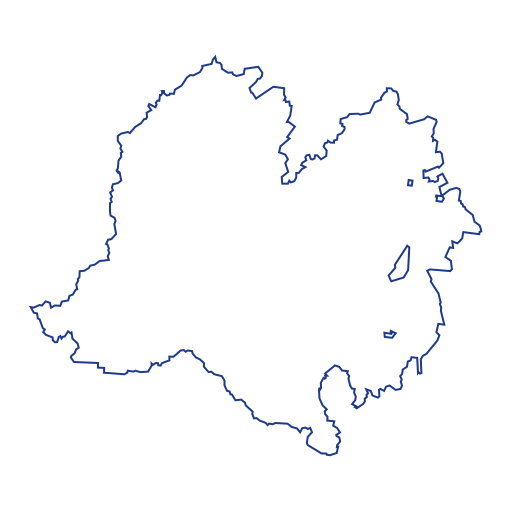 the district of Central Highlands (Qld), Queensland, Australia
{"feature_id": "25037944B88333903625107", "entity_name": "Central Highlands (Qld)", "entity_type": "district", "adm_level": 2, "iso_a3": "AUS", "parent_name": "Australia", "parent_adm1": "Queensland", "projection": "albers", "projection_center": [148.529, -24.063], "detail": "fine", "context": "isolated", "style": "outline", "palette": "blue", "viewbox_px": 512, "rotation_deg": 0, "n_neighbors": 0, "source": "geoboundaries", "source_scale": "gbopen_adm2", "svg_char_len": 6019}
<svg xmlns="http://www.w3.org/2000/svg" viewBox="0 0 512 512"><path d="M472.7,215.0L465.6,209.3L464.8,206.8L463.2,206.6L462.7,204.4L461.1,203.5L460.7,201.0L458.9,200.5L460.3,191.4L459.3,188.9L456.2,187.9L449.7,189.8L443.0,195.0L441.3,194.7L439.4,187.0L447.4,182.8L442.5,173.7L437.3,176.5L438.3,178.2L437.6,181.0L434.7,182.0L433.0,181.0L428.8,181.5L429.6,179.6L428.4,177.5L423.6,178.0L423.4,170.5L424.9,170.1L425.7,171.6L437.9,166.6L439.0,167.7L443.3,163.2L441.7,153.5L439.9,151.7L435.9,152.2L437.4,141.7L435.0,139.8L433.0,140.9L433.3,137.9L431.8,136.5L433.8,133.2L433.5,128.9L436.6,122.1L436.1,119.8L427.7,116.4L424.0,119.3L409.2,123.6L406.4,122.0L406.2,120.1L407.7,118.9L407.0,114.2L399.7,108.8L399.5,106.6L397.4,104.5L398.8,99.9L397.8,94.1L396.4,91.5L393.5,91.1L391.2,88.4L386.8,88.3L386.9,91.5L384.6,92.6L381.0,97.6L381.2,99.6L374.7,102.4L369.7,112.8L360.1,114.6L358.3,113.7L349.6,114.0L347.1,117.2L340.7,119.0L340.3,123.3L342.5,124.0L342.1,126.0L344.5,126.9L344.6,129.2L341.9,133.2L337.7,135.0L337.0,139.7L334.1,140.4L334.0,142.7L330.5,142.6L328.0,140.7L327.3,142.5L325.0,143.2L323.6,146.5L326.7,150.7L326.2,156.0L321.0,159.3L317.3,155.4L315.2,155.2L314.5,158.5L312.3,159.5L310.9,159.2L309.4,154.8L306.5,155.4L305.3,157.3L306.3,160.2L302.3,162.8L301.1,165.1L305.4,167.1L301.9,169.1L298.8,172.9L296.3,173.0L296.2,177.6L294.2,181.3L290.8,182.4L289.3,180.7L287.9,183.7L282.3,183.7L281.7,177.0L288.2,171.9L285.3,163.1L287.9,159.2L285.3,154.6L279.1,152.3L280.4,146.4L289.5,138.6L287.2,137.0L294.9,126.6L289.1,122.2L286.9,122.0L290.2,115.7L291.7,106.0L289.8,105.7L289.3,101.6L285.9,102.0L285.3,99.5L284.3,99.8L285.6,97.3L284.0,94.7L284.2,88.2L273.3,86.8L256.0,98.5L252.4,92.8L251.2,92.6L249.5,88.0L256.1,81.9L257.7,78.9L260.1,78.5L262.0,76.0L262.3,72.7L258.3,66.8L244.7,68.8L243.7,74.1L236.5,76.0L233.0,74.4L232.3,72.4L227.9,72.7L221.9,68.8L221.5,64.7L219.8,62.9L216.5,62.3L215.2,56.8L212.9,59.6L211.6,63.9L202.2,66.0L202.4,68.0L199.9,72.1L193.4,75.4L190.2,75.1L186.8,77.6L181.7,85.5L174.9,89.7L173.9,93.8L169.9,93.6L169.5,94.8L166.9,95.5L164.3,93.5L163.9,91.0L161.8,91.1L162.4,92.8L161.2,95.2L160.0,95.0L159.3,100.8L157.5,100.6L155.8,102.7L156.6,104.2L155.5,107.3L149.2,104.0L148.3,106.2L151.3,110.1L146.6,112.7L147.1,117.2L145.9,119.0L144.1,119.1L141.2,123.1L135.1,127.0L129.9,133.1L128.0,132.0L121.1,133.6L117.8,136.0L117.8,140.9L121.3,145.7L120.4,148.6L122.4,151.9L120.8,153.0L121.2,156.8L118.5,160.6L117.9,168.2L116.6,170.7L118.1,172.7L118.6,171.7L119.7,172.6L121.2,180.5L117.9,183.1L112.9,184.3L111.9,187.8L113.0,190.3L110.2,192.5L112.0,196.8L110.5,198.9L111.7,201.9L110.0,203.2L110.0,211.8L110.6,215.7L114.5,217.7L115.6,221.0L114.3,224.0L116.1,234.0L111.3,239.2L108.1,239.7L106.1,244.0L107.5,244.7L108.9,248.5L108.2,250.1L109.3,252.9L107.7,256.3L108.9,259.9L99.5,261.1L94.8,264.6L90.1,265.7L89.0,267.9L84.1,270.8L79.7,271.2L79.4,277.3L77.8,279.1L78.2,280.5L76.2,284.4L77.2,289.2L75.7,289.8L72.7,294.6L69.4,295.9L68.2,300.4L61.8,301.6L60.3,305.8L54.8,305.5L51.0,307.6L49.9,302.8L45.6,301.4L41.9,305.6L39.6,305.0L33.7,307.6L30.7,307.1L33.8,312.7L37.1,313.4L37.8,318.4L39.6,319.3L42.8,328.1L44.8,329.5L43.2,332.1L46.2,335.0L52.6,337.4L52.8,340.4L55.0,342.2L57.1,342.1L58.8,336.9L60.4,336.1L61.5,338.6L62.8,336.8L64.7,336.5L68.1,331.3L70.4,333.2L71.5,332.5L72.5,338.7L77.6,343.5L78.7,347.7L76.1,349.5L74.6,353.3L71.2,356.0L70.9,357.5L74.0,362.0L98.1,363.0L97.9,367.6L104.2,367.9L104.0,372.7L124.5,374.3L127.2,372.7L127.8,370.7L133.4,371.6L135.3,370.7L140.3,372.1L148.1,371.6L151.7,365.5L151.6,363.5L152.9,364.8L156.0,363.0L158.0,363.2L158.3,365.3L160.6,365.6L162.0,363.1L169.4,360.4L169.3,356.6L173.6,356.7L180.6,350.5L183.8,350.1L185.6,351.7L187.8,350.5L192.1,351.1L192.6,353.5L195.9,357.4L200.0,359.4L204.0,363.2L203.9,366.7L208.5,372.0L211.3,371.7L214.1,374.2L221.9,376.2L224.5,380.7L224.5,385.4L227.0,390.8L229.7,391.6L230.4,394.3L231.9,394.4L235.4,400.3L241.2,399.6L244.9,402.6L245.8,405.4L252.7,411.7L252.3,414.1L254.0,418.4L256.6,418.1L259.9,420.7L265.6,422.8L267.6,425.1L269.0,423.6L272.6,424.3L275.4,423.0L287.6,423.7L291.6,426.9L297.1,428.5L300.1,432.3L302.3,428.2L305.5,427.6L307.9,429.0L310.2,427.9L312.0,432.3L307.8,436.8L306.8,443.0L307.7,445.0L321.4,453.4L326.4,453.6L326.9,454.8L330.0,455.2L336.7,453.0L338.1,446.8L336.9,447.0L337.1,445.2L340.1,441.5L339.3,437.4L336.6,436.2L336.3,434.9L340.0,432.4L337.1,428.0L333.2,425.7L334.3,421.3L327.3,420.6L327.5,416.6L325.2,414.2L324.7,411.4L326.7,409.3L322.7,405.5L319.5,398.5L319.0,389.9L319.4,387.6L319.7,390.2L321.0,388.0L320.8,382.8L323.5,377.9L324.7,378.7L325.8,377.8L325.2,375.8L327.1,375.7L325.1,373.5L335.0,365.4L339.3,366.9L342.0,370.5L347.8,371.2L347.1,373.3L349.2,376.1L348.4,378.5L350.1,385.4L352.0,388.7L354.7,388.9L354.1,392.6L355.8,396.7L355.2,400.2L352.1,404.1L356.4,406.4L355.0,407.2L356.7,408.3L363.1,404.0L364.9,401.3L364.7,398.7L366.9,397.0L366.5,394.9L368.0,393.3L366.2,389.3L370.8,391.0L372.5,395.5L377.9,397.6L379.4,396.3L379.0,389.8L380.4,388.9L384.1,390.9L386.1,386.6L389.6,385.5L395.6,389.9L400.6,388.9L402.0,385.5L400.8,381.8L401.7,379.6L400.2,376.1L402.1,374.0L402.7,369.6L407.0,366.7L407.8,361.5L410.5,360.5L411.5,357.2L417.2,357.9L418.0,373.0L418.6,372.2L419.8,373.5L421.4,373.2L420.8,359.3L422.9,355.8L426.5,353.8L437.4,340.5L439.4,335.2L436.4,332.2L438.3,323.9L444.3,324.7L440.9,311.0L441.2,307.4L439.8,304.0L440.7,302.7L438.5,293.5L430.8,281.6L431.5,279.1L427.3,270.9L429.8,269.4L450.2,271.1L451.9,269.3L450.9,260.8L445.4,257.0L449.7,247.4L453.1,248.0L452.3,241.3L457.2,243.3L458.8,242.0L462.2,238.4L463.3,232.1L479.3,234.2L479.6,231.9L481.3,231.4L480.7,228.4L479.6,225.4L474.5,221.7L472.7,215.0ZM407.3,245.7L409.3,247.4L408.1,270.2L403.7,277.5L391.3,281.3L388.6,275.5L395.4,267.7L394.8,264.9L407.3,245.7ZM384.8,336.9L384.4,332.7L391.4,333.9L391.8,333.0L390.5,333.1L390.8,330.9L395.7,333.2L392.1,337.8L384.8,336.9ZM441.9,201.8L436.5,200.9L437.1,196.9L436.0,196.7L436.2,195.5L442.4,196.3L443.9,198.5L441.9,201.8ZM408.0,185.2L408.7,180.0L412.5,180.6L411.8,185.7L408.0,185.2Z" fill="none" stroke="#1e3a8a" stroke-width="2"/></svg>